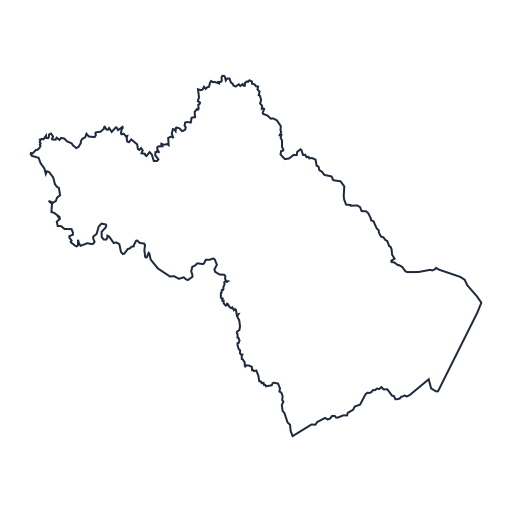 Kedougou, Kédougou, Senegal
{"feature_id": "50182788B85082652306110", "entity_name": "Kedougou", "entity_type": "district", "adm_level": 2, "iso_a3": "SEN", "parent_name": "Senegal", "parent_adm1": "Kédougou", "projection": "equal_earth", "projection_center": [-12.631, 12.759], "detail": "fine", "context": "isolated", "style": "outline", "palette": "slate", "viewbox_px": 512, "rotation_deg": 0, "n_neighbors": 0, "source": "geoboundaries", "source_scale": "gbopen_adm2", "svg_char_len": 5988}
<svg xmlns="http://www.w3.org/2000/svg" viewBox="0 0 512 512"><path d="M251.9,81.5L249.4,80.3L248.0,81.9L247.0,81.4L245.1,82.8L244.8,85.8L243.5,85.7L242.7,84.1L240.3,86.0L238.8,84.3L235.6,86.5L233.5,85.6L232.8,84.0L230.8,82.3L229.5,78.5L227.0,78.6L225.8,80.4L224.9,76.9L224.0,75.9L222.3,75.9L221.6,77.3L221.7,80.9L220.6,82.0L218.5,81.9L218.9,83.4L214.5,81.9L213.1,82.2L211.1,81.0L209.9,83.0L209.1,86.7L207.1,87.3L205.7,88.9L204.0,86.8L202.8,89.3L201.2,90.2L198.0,89.3L199.0,97.5L197.8,101.1L200.1,102.6L199.6,103.9L198.3,104.7L198.6,108.8L198.0,109.7L196.9,109.1L194.6,112.0L195.1,117.1L191.6,117.7L190.8,122.5L187.1,122.0L185.1,122.6L184.6,125.9L185.8,127.3L185.2,129.6L183.4,130.7L182.0,131.1L179.6,128.5L176.7,127.5L176.0,127.8L175.6,131.1L174.4,129.4L172.9,129.1L171.8,133.6L173.4,138.2L172.6,137.0L170.8,136.7L168.2,137.9L168.6,145.1L167.2,144.1L163.8,144.8L161.4,143.7L161.3,144.7L162.2,146.3L158.3,146.4L157.2,147.4L157.4,149.4L159.3,152.8L157.3,150.7L156.5,152.1L155.4,152.2L155.2,155.3L158.4,159.4L157.2,160.9L153.8,161.0L151.8,154.5L149.6,152.1L146.5,156.0L145.4,155.3L144.9,153.8L141.5,153.3L142.7,150.4L141.1,148.1L139.3,149.9L137.9,149.1L137.2,144.4L131.2,139.4L129.0,142.2L127.2,141.5L126.7,138.5L127.3,135.9L125.9,136.4L123.7,133.7L121.5,134.3L120.9,133.2L121.7,129.2L122.8,127.8L122.5,126.9L118.1,130.1L116.5,127.4L115.7,127.5L111.7,131.9L109.1,128.0L107.9,129.7L106.5,129.6L104.7,126.7L104.2,127.0L103.9,128.7L100.6,131.7L95.9,132.4L95.4,133.1L95.8,135.3L94.6,137.1L88.8,136.5L86.5,133.8L85.2,137.3L82.2,138.9L80.9,141.3L80.8,143.1L78.6,146.8L76.3,148.1L72.9,145.3L71.6,143.3L67.1,141.4L64.3,138.6L61.2,137.9L59.5,139.9L56.6,137.7L55.6,139.7L52.2,139.4L52.0,138.6L53.1,136.5L51.0,133.6L49.0,134.6L48.7,137.6L47.8,138.2L46.1,137.9L46.0,135.7L43.5,139.3L41.8,138.9L39.9,139.6L40.4,140.6L39.7,142.1L40.6,143.6L39.8,144.7L40.5,145.9L39.5,147.9L37.4,149.9L36.0,149.9L32.5,153.5L31.0,153.0L30.7,154.2L31.9,155.9L38.6,157.8L40.6,163.2L44.4,168.5L45.8,173.9L46.8,171.3L49.0,172.0L53.2,177.4L54.9,184.1L56.8,186.7L58.9,188.0L60.1,195.2L57.0,197.7L55.9,200.9L53.1,202.7L48.6,200.9L52.0,203.8L51.4,212.0L54.2,212.9L59.5,216.9L59.7,218.4L59.2,218.2L59.7,218.9L56.8,221.7L57.7,226.0L61.1,226.1L64.5,229.0L71.5,229.1L72.9,232.5L72.9,234.7L69.4,236.1L69.3,237.6L71.6,240.5L70.7,241.8L71.1,242.5L75.1,245.7L76.7,246.4L78.0,245.3L78.0,239.8L79.0,243.4L80.6,245.8L87.4,243.2L91.8,244.1L93.4,243.6L94.6,241.8L93.3,239.0L93.2,236.7L96.6,233.9L98.7,226.6L101.5,223.6L105.6,224.4L106.3,225.5L105.6,227.5L101.6,231.9L101.7,237.1L103.7,239.5L106.2,239.5L107.3,237.9L107.4,235.7L109.3,236.7L113.7,243.1L116.2,242.4L119.3,244.1L121.0,252.0L122.9,254.1L124.2,253.7L127.8,249.0L129.5,248.6L131.7,246.7L133.8,246.3L133.8,245.2L136.1,240.8L137.2,240.5L139.7,242.9L144.2,243.6L145.0,245.1L144.4,250.2L145.2,257.0L146.2,257.6L147.1,256.8L148.6,252.8L149.3,253.4L150.7,259.6L157.9,268.5L170.0,276.5L174.0,276.2L179.0,278.8L183.7,277.3L186.2,279.5L188.0,280.0L192.4,276.8L192.5,275.3L191.2,271.3L192.3,266.8L194.8,265.7L197.4,263.3L203.0,264.1L204.1,263.2L205.8,259.8L209.3,259.8L213.2,258.5L214.8,259.5L216.9,264.8L214.4,269.4L215.1,271.8L219.5,274.5L224.1,274.7L225.3,276.0L225.1,278.7L226.1,281.1L227.8,281.3L227.0,281.9L225.2,281.4L224.3,282.2L224.5,284.6L223.4,286.9L223.4,289.1L223.2,289.8L221.8,290.1L221.5,292.7L220.9,293.0L220.8,297.6L222.7,298.6L222.1,299.7L222.5,300.9L223.6,300.8L223.7,303.3L225.7,305.6L226.9,305.2L227.1,303.7L227.7,303.9L229.7,307.2L231.2,308.1L232.2,307.3L233.9,310.2L235.0,309.1L236.0,310.0L236.7,314.7L238.4,314.2L237.1,316.4L239.2,320.2L240.0,326.2L239.4,330.0L237.1,331.6L236.8,333.0L237.6,334.2L237.5,337.6L238.4,337.7L239.5,340.5L238.7,342.9L237.5,343.2L237.6,345.6L238.7,349.1L240.1,350.3L240.0,353.2L240.8,354.4L242.3,354.6L241.7,355.5L241.8,359.0L242.5,359.1L244.7,362.4L244.8,365.9L245.2,366.5L246.3,365.3L249.1,365.6L251.8,366.8L252.1,370.1L252.9,369.9L254.0,371.1L256.3,370.5L258.3,375.5L259.3,381.3L260.9,381.4L261.6,383.2L263.5,382.8L263.9,384.9L265.3,384.9L266.0,386.3L271.7,385.3L272.7,383.2L273.8,382.7L278.1,383.6L280.0,388.5L279.4,391.5L281.3,392.6L282.6,396.0L282.2,400.1L283.4,401.6L281.8,405.0L282.6,410.9L284.4,413.0L287.6,422.5L290.0,424.7L290.7,431.1L292.6,436.1L311.5,424.5L315.4,424.7L317.1,422.1L325.1,417.9L327.6,419.5L330.2,418.5L332.0,416.0L334.7,415.9L336.0,417.5L337.4,417.7L343.2,415.4L347.1,415.4L347.7,412.9L353.1,409.8L354.7,406.6L360.1,404.6L365.6,394.1L367.5,392.7L369.5,393.0L371.5,392.0L372.9,390.1L375.1,390.1L376.9,388.6L379.3,389.0L381.5,387.1L383.5,389.4L387.3,389.3L392.1,395.7L394.0,396.2L395.4,399.2L397.0,399.2L399.7,398.6L400.8,397.1L404.8,395.5L406.6,396.5L409.8,395.0L428.7,379.3L431.1,388.4L435.9,391.3L438.0,391.3L477.3,312.7L481.3,302.8L480.8,301.9L476.9,296.3L467.3,285.3L464.7,279.8L460.3,276.9L439.1,269.7L436.0,267.9L435.0,269.2L432.4,270.4L429.8,269.9L418.6,272.0L407.3,272.1L405.4,271.3L402.3,267.0L399.1,265.1L398.1,265.3L394.2,262.4L391.6,262.1L391.3,260.7L394.6,258.7L392.1,254.7L391.6,249.3L390.4,246.6L389.2,246.2L387.3,241.1L385.2,239.8L383.4,237.3L381.0,236.6L379.0,232.9L378.6,230.2L376.7,228.4L373.5,221.3L371.1,220.3L370.8,218.4L368.3,213.3L366.1,211.3L361.6,211.1L360.1,207.2L357.4,205.5L350.6,205.7L350.5,205.0L346.1,204.6L344.2,199.7L343.7,196.3L344.3,186.4L340.5,181.3L333.8,180.3L332.6,179.5L332.4,177.7L331.2,176.3L324.5,175.0L321.9,171.7L319.4,170.2L318.5,166.6L316.6,165.7L315.6,159.7L312.0,158.0L309.3,158.4L308.5,156.8L306.5,157.2L305.2,154.8L303.0,155.0L301.5,150.2L300.5,149.3L297.2,151.9L296.7,155.1L293.5,155.0L289.0,158.5L284.9,159.1L281.0,155.0L280.5,154.3L281.1,151.1L282.8,150.8L283.4,149.8L282.0,146.8L282.0,140.5L280.6,137.6L281.4,135.0L279.8,135.1L281.2,132.1L280.5,130.3L280.8,126.1L276.8,120.3L273.1,118.4L270.8,118.7L267.6,115.6L263.0,113.8L262.7,112.6L264.2,109.0L263.0,108.3L261.8,108.8L262.1,105.7L260.1,103.6L261.1,99.9L260.0,95.8L258.7,95.1L259.6,91.6L257.5,89.5L258.1,86.6L255.9,86.2L254.7,84.5L252.0,83.6L251.9,81.5Z" fill="none" stroke="#1e293b" stroke-width="2"/></svg>